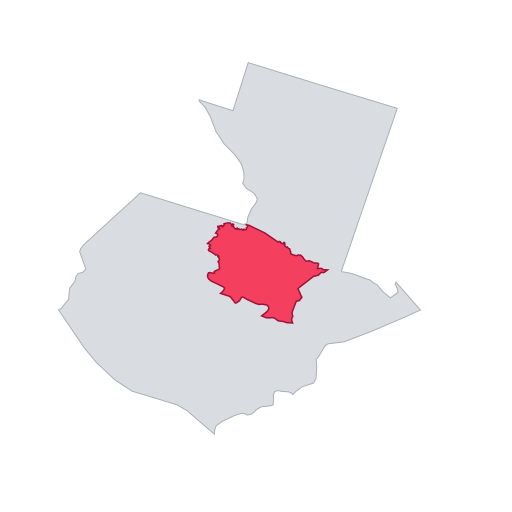 Guatemala, with Alta Verapaz highlighted, rotated 17°
{"feature_id": "GTM-1948", "entity_name": "Alta Verapaz", "entity_type": "Department", "adm_level": 1, "iso_a3": "GTM", "parent_name": "Guatemala", "parent_adm1": "", "projection": "albers", "projection_center": [-90.124, 15.617], "detail": "fine", "context": "in_parent", "style": "filled", "palette": "rose", "viewbox_px": 512, "rotation_deg": 17, "n_neighbors": 0, "source": "natural_earth", "source_scale": "10m", "svg_char_len": 5620}
<svg xmlns="http://www.w3.org/2000/svg" viewBox="0 0 512 512"><g transform="rotate(17 256 256)"><path d="M82.9,365.3L85.1,363.1L87.1,357.8L89.5,352.4L88.1,346.1L87.3,341.0L90.1,333.6L89.9,328.0L91.1,324.6L95.1,322.4L97.2,318.2L86.1,303.4L86.2,300.1L87.7,296.0L96.9,280.4L107.8,261.9L119.9,241.5L127.1,229.3L153.1,229.4L170.3,229.5L192.2,229.6L216.0,229.6L231.6,229.7L238.0,229.5L236.9,221.5L237.8,212.6L240.6,204.6L240.6,201.0L236.0,196.7L227.0,194.1L222.0,190.3L222.0,185.4L219.8,179.5L215.5,172.6L206.5,165.5L192.8,158.2L181.2,148.5L171.7,136.3L163.6,128.4L157.3,125.1L155.9,123.3L174.2,123.6L191.5,123.8L191.7,106.4L191.8,90.9L192.0,73.4L223.3,73.5L260.7,73.6L299.5,73.6L330.0,73.5L347.9,73.5L347.2,95.2L346.3,120.3L345.7,138.8L344.9,163.5L344.0,188.7L342.9,223.1L342.1,245.3L342.5,245.9L352.8,244.7L368.0,245.6L371.7,245.5L376.4,247.4L380.0,248.0L387.7,253.0L396.8,256.7L402.5,249.0L399.5,244.4L397.2,242.1L397.5,240.0L429.1,259.6L425.4,262.7L417.5,269.8L403.0,282.0L390.1,292.9L377.6,302.8L366.3,311.6L365.0,312.5L350.6,318.9L348.3,321.8L345.2,334.3L343.8,337.4L346.5,344.3L349.1,355.0L348.3,360.6L338.4,367.5L333.8,373.7L331.8,377.7L330.0,376.7L326.9,376.4L319.8,378.0L316.4,378.3L313.5,380.1L313.3,383.9L315.2,390.2L315.9,393.4L313.9,394.9L305.1,398.7L301.7,402.4L298.3,408.1L294.5,410.6L290.5,410.1L287.6,411.0L281.6,415.3L272.4,423.6L267.5,429.9L267.4,434.5L268.3,438.6L234.9,423.9L223.8,421.4L177.0,421.5L156.9,415.6L134.1,404.3L118.7,394.1L82.9,365.3Z" fill="#d9dde1" stroke="#a8b0b8" stroke-width="1"/><path d="M237.9,228.9L238.0,228.9L240.3,228.7L257.8,231.4L272.5,236.1L273.0,236.2L273.2,235.9L273.3,235.7L273.5,235.5L273.9,235.3L274.8,235.2L275.2,235.3L275.4,235.5L275.5,235.8L275.7,236.1L276.1,236.2L276.5,236.1L276.8,236.1L277.2,236.5L277.5,236.5L277.9,236.4L278.6,236.2L278.8,236.1L278.8,235.9L278.6,235.1L278.7,234.8L278.8,234.8L279.0,234.8L279.6,235.1L279.8,235.2L279.9,235.4L279.9,235.6L279.9,235.8L279.8,236.0L279.9,236.3L280.2,236.4L280.3,236.6L280.4,236.8L280.1,237.4L281.6,238.5L282.6,238.7L282.8,238.6L283.2,238.2L284.7,239.2L285.5,239.3L286.0,239.3L286.4,239.7L286.7,240.3L287.9,241.8L288.1,242.3L288.2,242.8L288.6,243.6L288.9,243.9L289.2,244.0L289.5,243.9L289.8,243.9L290.1,243.9L291.5,244.1L294.4,243.9L294.8,243.8L295.0,243.7L295.6,243.0L295.7,242.8L295.9,242.7L296.1,242.6L296.4,242.6L297.1,242.7L297.3,242.6L297.8,242.4L298.1,242.1L298.4,242.1L298.6,242.2L300.7,243.2L300.9,243.3L302.3,244.5L304.1,245.7L304.6,245.9L305.0,246.1L306.1,246.1L306.6,246.0L306.8,245.9L307.0,245.8L308.0,245.0L308.6,245.0L313.9,245.6L314.3,245.6L314.5,245.6L314.9,245.4L315.1,245.3L315.5,245.1L316.0,245.0L317.2,244.9L317.8,245.0L318.1,245.1L318.2,245.4L318.4,250.0L318.5,250.1L320.9,249.0L322.7,248.7L324.2,249.4L324.8,249.5L325.9,249.0L328.5,248.4L326.1,251.6L325.2,252.3L323.6,252.4L323.3,252.6L323.1,252.8L322.6,253.6L322.5,253.8L321.5,255.7L321.2,256.2L320.9,256.4L320.0,256.8L318.5,257.9L318.1,258.1L317.2,258.4L316.9,258.5L316.8,258.8L316.6,259.2L311.2,266.9L306.3,273.8L305.7,275.3L305.9,275.4L306.3,275.6L306.5,275.8L306.7,276.0L306.8,276.1L307.1,276.7L309.0,278.7L309.7,279.7L310.5,280.6L311.6,281.6L311.9,282.1L312.0,282.4L311.3,283.6L311.2,283.8L311.1,284.2L310.8,285.2L310.6,285.7L310.5,285.8L310.3,286.0L310.2,286.2L310.0,286.3L308.4,287.1L307.9,287.5L307.7,287.7L307.0,298.2L307.0,299.5L307.1,299.8L307.4,300.7L307.6,301.1L308.2,301.9L308.7,302.7L308.8,303.1L308.8,303.5L308.5,305.0L308.5,305.5L308.5,305.9L308.7,306.4L309.0,307.2L310.6,309.4L304.6,310.8L301.9,310.6L296.4,311.5L295.4,311.3L292.3,310.1L290.3,310.1L289.4,310.2L287.1,311.2L284.5,311.9L283.1,312.0L278.9,311.6L282.7,306.1L283.6,303.4L283.7,302.5L283.5,302.1L283.3,301.7L282.9,301.2L281.9,300.3L281.3,299.9L280.9,299.8L280.7,299.7L276.8,300.1L276.0,300.3L273.2,301.4L269.8,301.5L260.4,300.2L256.2,299.2L255.0,299.1L254.7,299.4L254.5,299.5L254.4,299.7L254.2,300.1L254.1,300.3L254.0,300.9L253.3,303.6L252.7,304.5L252.3,304.8L251.3,306.2L250.9,306.5L250.1,307.0L249.7,307.0L248.5,306.0L243.8,302.8L241.9,302.2L239.9,302.3L237.0,302.2L235.0,302.2L233.0,302.1L233.6,301.3L234.4,299.8L235.2,297.7L235.3,295.9L233.9,295.1L220.3,293.0L217.6,291.9L215.9,290.2L215.4,288.9L215.3,287.3L215.6,285.9L216.8,285.3L220.2,285.0L221.3,284.4L220.6,283.5L220.6,282.9L223.0,280.7L223.5,280.5L224.4,279.5L225.0,278.4L224.5,277.9L224.0,277.1L223.4,275.3L222.6,273.4L221.3,272.5L222.0,271.0L222.0,269.8L221.1,268.6L219.5,267.5L219.4,267.1L219.5,267.0L219.8,267.0L220.1,266.9L219.4,266.5L218.6,266.4L217.8,266.5L217.1,266.9L216.1,266.4L212.4,265.3L209.2,264.7L208.6,263.9L208.9,262.8L210.1,262.0L209.6,261.7L208.3,260.7L208.3,260.2L208.7,260.0L209.1,259.7L209.5,259.5L209.0,258.7L208.1,258.3L207.1,258.2L206.0,258.3L206.6,257.0L208.9,254.0L210.1,250.9L210.4,250.3L212.5,249.5L213.4,247.8L212.9,246.2L210.7,246.0L211.6,243.0L212.3,241.7L213.1,241.1L213.1,240.5L212.7,240.4L212.6,240.2L212.5,239.9L211.9,240.5L211.1,239.7L210.8,239.3L210.8,238.7L211.9,238.4L213.3,237.3L214.2,236.9L214.5,237.1L214.7,237.7L215.1,238.1L215.7,237.8L216.1,237.0L215.9,236.5L215.9,236.1L216.7,235.6L216.0,234.4L219.7,232.4L221.9,232.0L223.1,233.2L223.7,233.2L224.0,232.5L224.4,232.2L224.9,232.2L225.5,232.6L225.5,233.2L225.1,233.4L224.7,233.6L224.2,233.8L224.2,234.4L225.7,234.4L226.6,234.9L227.3,235.6L228.5,236.2L228.7,235.9L229.3,235.5L229.6,235.1L229.8,235.6L230.0,235.4L230.2,235.1L230.8,235.7L231.1,235.6L231.4,235.1L232.0,235.1L232.9,235.5L234.5,234.4L235.6,235.1L236.1,235.1L236.2,234.6L236.5,234.2L236.7,233.8L237.7,234.2L238.6,233.8L239.0,233.0L238.5,232.0L239.2,231.0L239.4,230.2L238.9,229.5L237.9,228.9Z" fill="#f43f5e" stroke="#9f1239" stroke-width="1.5"/></g></svg>